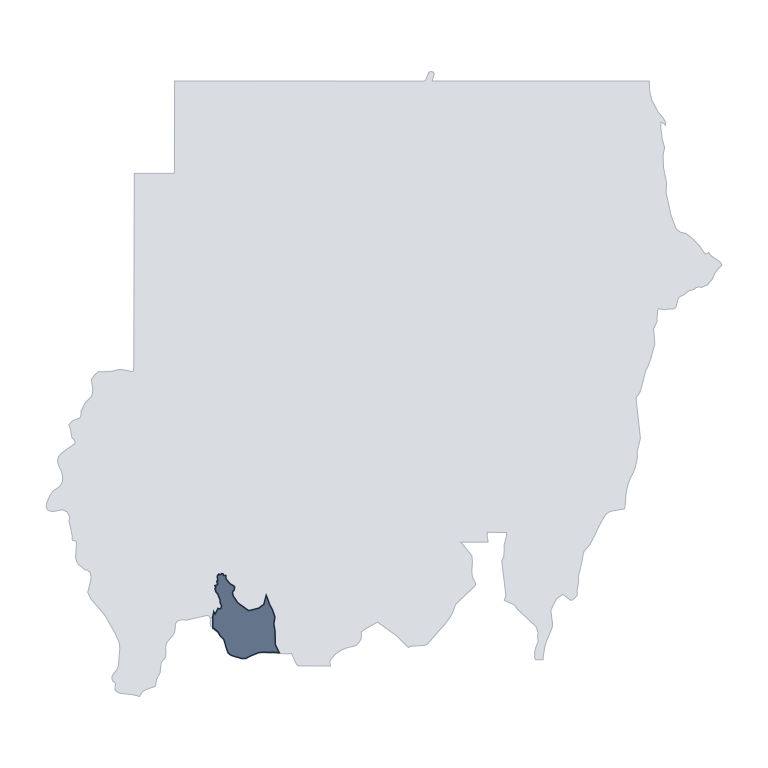 Bahr Al Arab, Eastern Darfur, Sudan shown in context
{"feature_id": "16777658B76242579856769", "entity_name": "Bahr Al Arab", "entity_type": "district", "adm_level": 2, "iso_a3": "SDN", "parent_name": "Sudan", "parent_adm1": "Eastern Darfur", "projection": "robinson", "projection_center": [26.432, 10.41], "detail": "fine", "context": "in_parent", "style": "filled", "palette": "slate", "viewbox_px": 768, "rotation_deg": 0, "n_neighbors": 0, "source": "geoboundaries", "source_scale": "gbopen_adm2", "svg_char_len": 6672}
<svg xmlns="http://www.w3.org/2000/svg" viewBox="0 0 768 768"><path d="M543.1,659.8L535.5,659.7L534.7,657.7L534.7,652.1L535.6,647.9L538.3,641.3L537.6,637.6L538.0,632.4L536.0,626.5L517.7,609.5L514.1,604.8L504.3,600.5L505.9,595.6L501.7,560.7L503.7,556.7L504.2,550.6L504.1,545.3L506.4,536.3L506.6,532.5L487.3,532.3L487.1,536.1L488.0,540.4L487.9,542.1L461.0,542.2L471.9,555.9L472.4,561.9L471.9,569.4L472.0,574.2L472.6,577.3L475.6,583.5L475.4,584.6L474.7,586.1L455.7,604.3L452.6,612.8L450.1,617.2L444.5,624.7L427.2,644.2L424.3,645.5L411.0,646.2L409.7,646.6L408.7,647.5L408.1,647.3L396.7,635.9L377.5,622.1L364.8,629.3L361.4,631.9L361.3,638.5L359.4,641.9L356.0,645.6L346.7,647.9L341.8,649.9L336.0,653.6L330.3,659.9L329.9,663.1L330.5,666.0L298.2,665.9L296.1,663.6L291.4,653.3L288.1,653.9L258.6,652.7L254.4,653.8L246.0,658.0L241.7,658.7L237.4,656.8L221.9,636.5L218.5,634.0L215.0,629.2L211.7,627.1L210.6,625.5L210.3,623.4L210.4,618.9L209.3,616.1L206.8,615.5L186.0,620.2L183.0,619.7L178.6,620.5L177.1,621.3L175.4,624.0L175.1,629.6L174.5,632.3L172.9,635.4L167.0,642.3L165.7,645.3L165.9,652.9L165.6,656.7L164.7,658.5L162.1,661.4L161.1,663.1L160.1,672.8L156.8,678.7L156.1,680.8L155.9,685.0L155.3,686.3L145.9,689.6L142.4,691.8L140.2,695.1L139.7,696.5L135.7,695.3L130.6,694.5L120.7,693.4L116.8,691.9L114.9,689.6L115.5,683.7L114.6,682.4L113.0,681.4L111.9,678.8L112.1,675.8L117.4,669.0L118.4,665.3L119.8,648.3L119.4,643.1L115.3,633.5L105.9,617.0L103.7,613.8L91.9,600.2L90.5,598.2L87.7,592.4L90.9,579.9L91.1,576.4L90.3,572.8L87.3,570.1L84.6,569.8L81.2,566.4L78.9,564.9L76.9,562.0L75.5,557.8L76.5,543.0L75.9,541.0L72.8,540.5L72.1,539.4L72.3,536.6L70.7,528.2L68.9,521.2L69.9,517.3L67.4,512.1L62.6,509.8L53.2,511.5L50.2,511.2L48.2,510.3L46.8,508.3L46.1,506.1L46.8,502.6L49.5,496.3L52.8,491.2L59.6,486.5L61.4,483.9L62.5,481.2L62.7,478.0L62.2,474.6L61.5,471.5L59.5,467.5L57.7,462.7L57.7,459.5L58.5,457.1L60.4,454.3L67.1,448.9L74.0,444.3L75.2,442.7L74.8,440.8L71.6,437.1L70.6,429.8L68.9,424.8L72.4,421.0L75.0,419.6L79.0,418.4L80.6,416.9L81.1,413.8L81.0,410.9L82.4,408.7L84.4,404.1L86.0,402.0L91.3,396.6L92.5,393.0L92.8,389.7L91.4,379.4L94.5,375.1L98.4,371.6L103.9,371.8L112.6,371.1L118.5,369.6L122.7,369.6L132.3,371.6L133.3,370.7L133.8,368.0L134.3,173.4L173.9,173.4L174.4,173.1L174.6,81.0L423.2,81.1L425.3,80.7L429.1,72.1L430.8,71.5L433.3,72.0L434.2,74.0L432.2,81.0L649.2,81.0L649.8,91.5L651.7,99.9L658.1,112.0L663.4,118.4L665.4,122.0L665.6,123.7L665.4,125.2L663.7,123.4L661.0,122.2L660.8,127.8L662.2,139.4L664.6,147.5L663.1,154.9L663.5,167.6L666.6,182.8L666.1,192.5L671.0,215.1L675.6,227.7L678.1,230.8L680.8,232.4L686.1,233.5L693.9,239.9L700.1,246.6L702.3,250.1L705.4,254.0L707.4,253.3L708.6,252.3L710.6,255.4L720.4,262.2L721.9,265.3L718.5,268.4L714.5,273.7L712.7,278.6L711.6,280.1L708.5,283.2L707.9,284.7L706.6,285.7L705.1,285.7L701.8,287.4L698.8,286.9L695.8,287.8L694.7,289.0L692.3,290.0L689.1,290.5L684.1,294.7L679.7,296.7L678.2,298.4L676.1,306.7L674.4,308.8L667.9,309.1L664.7,309.8L660.4,308.9L658.2,309.0L657.7,310.7L657.0,317.9L657.2,320.9L653.6,329.0L654.9,344.2L651.5,355.5L651.1,358.1L647.6,367.2L645.8,370.5L641.5,387.3L639.8,392.5L636.0,397.9L640.4,438.4L637.3,450.7L637.4,457.5L635.3,467.5L633.5,472.1L630.6,477.6L628.2,483.9L626.2,492.1L624.9,507.6L624.2,509.0L612.6,510.9L609.0,512.0L606.5,513.8L603.6,517.7L597.7,528.7L594.7,535.4L589.9,544.5L584.3,551.0L583.1,554.2L582.2,560.1L580.2,569.3L578.3,575.9L578.7,581.3L577.0,590.5L577.3,595.0L575.3,597.5L572.6,599.8L570.8,600.4L562.7,594.3L557.0,598.5L553.5,604.5L550.8,610.5L552.5,623.3L552.4,626.1L551.6,629.1L546.3,641.7L544.7,647.4L543.1,657.4L543.1,659.8Z" fill="#d9dde1" stroke="#a8b0b8" stroke-width="1"/><path d="M225.9,575.5L225.3,575.5L223.7,575.5L223.5,574.7L223.2,574.1L222.5,573.6L221.9,573.5L221.5,573.7L221.4,574.0L221.2,574.4L220.7,574.5L219.8,574.5L218.9,574.7L218.7,573.3L218.9,574.7L218.6,574.7L218.1,575.0L217.7,575.1L217.5,575.5L217.2,576.6L217.4,577.8L217.6,578.9L217.8,580.1L217.7,580.9L217.4,581.1L216.9,581.0L216.8,581.4L216.9,581.9L217.1,583.0L217.7,583.5L217.8,583.8L217.7,584.1L217.3,584.6L216.8,585.0L216.3,585.2L215.8,585.4L215.7,585.4L215.1,585.4L214.9,585.5L214.9,585.9L215.3,586.5L215.6,586.8L215.8,586.9L215.8,587.2L215.7,587.4L215.6,587.8L215.4,588.1L215.1,588.3L215.0,588.7L215.0,589.2L215.2,589.5L215.5,589.6L215.7,590.0L215.6,590.3L215.5,590.7L215.5,590.8L215.5,591.1L215.8,591.7L216.5,592.6L217.9,594.4L218.0,594.6L218.2,595.3L218.4,595.8L218.6,596.5L219.5,598.4L219.5,598.5L219.7,598.9L220.2,600.5L220.0,602.0L220.3,603.0L220.4,603.6L221.2,604.9L221.5,606.0L221.0,607.9L220.4,608.8L219.1,608.8L218.0,608.3L217.3,609.8L216.6,611.2L215.6,613.2L215.1,614.1L213.8,611.9L213.8,612.0L212.5,617.4L212.3,617.7L212.4,617.8L212.8,618.9L212.8,620.0L212.8,621.2L212.8,622.6L212.8,623.6L212.8,624.5L212.8,625.3L212.8,626.2L212.8,626.5L212.9,627.4L212.9,628.5L214.5,628.6L214.6,629.7L215.9,630.0L216.3,630.9L217.0,630.9L217.6,631.6L217.9,632.0L218.3,632.5L218.5,632.7L218.8,633.1L219.0,633.5L219.1,633.8L219.3,634.1L219.4,634.3L219.6,634.7L219.8,635.2L220.0,635.6L221.4,637.1L222.2,637.9L222.9,638.6L223.7,639.4L224.4,641.4L224.6,642.0L225.1,643.5L225.8,646.6L226.1,647.3L226.8,649.4L227.2,650.6L227.6,651.6L227.7,651.8L227.7,652.0L228.2,653.1L229.1,653.8L229.7,654.3L230.2,654.6L231.0,655.3L231.9,655.5L232.5,655.8L233.1,656.0L233.7,656.2L234.4,656.4L235.1,656.6L235.6,656.8L236.7,657.1L237.7,657.3L238.4,657.5L239.1,657.7L239.7,657.9L240.3,658.1L241.0,658.3L241.9,658.6L242.2,658.6L242.6,658.6L243.6,658.5L244.6,658.5L245.3,658.5L245.9,658.5L247.2,657.7L248.3,657.0L249.6,656.5L250.3,656.1L250.6,655.9L252.2,655.3L253.7,654.7L254.7,654.2L255.5,653.9L255.8,653.9L256.2,653.7L256.6,653.5L257.6,653.0L258.8,652.6L261.0,652.4L261.5,652.3L263.1,652.2L265.2,652.2L269.1,652.4L271.5,652.3L272.7,652.1L274.4,652.3L274.9,652.3L276.7,652.5L277.8,652.6L279.3,652.7L278.9,651.9L278.6,651.3L278.2,650.5L275.6,645.2L275.5,644.9L275.3,644.5L275.2,638.0L275.2,637.3L275.2,637.0L275.1,635.3L275.0,630.9L273.8,623.9L274.0,622.8L274.3,621.1L274.9,617.0L273.7,613.3L272.6,610.1L269.4,604.0L267.8,599.1L267.7,598.9L267.3,597.9L266.2,595.3L265.2,599.1L264.4,602.2L263.8,604.4L261.6,606.0L258.7,608.2L257.3,608.5L256.6,608.7L250.9,610.1L248.6,610.6L242.2,606.0L239.6,604.2L237.6,602.6L236.0,600.1L235.8,599.8L235.1,598.6L234.2,597.6L233.6,596.4L233.1,595.3L232.8,594.5L232.6,592.8L232.6,592.0L233.2,591.1L233.3,591.0L234.2,590.1L234.3,589.5L234.3,588.8L234.5,588.0L234.7,587.2L234.6,586.8L234.3,586.5L234.1,586.2L233.3,585.6L232.4,585.1L232.0,584.9L231.9,584.8L231.3,584.5L230.8,584.3L229.6,583.2L226.8,579.9L226.0,578.7L225.8,577.5L225.9,576.7L225.9,576.3L225.9,575.5Z" fill="#64748b" stroke="#1e293b" stroke-width="1.5"/></svg>